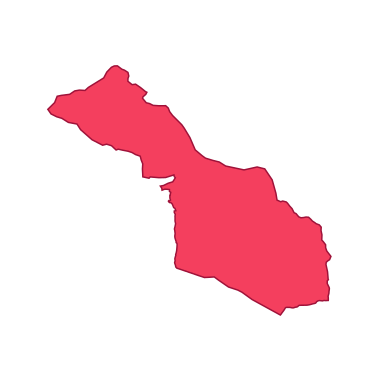 the district of Aninoasa, Hunedoara, Romania, rotated 344°
{"feature_id": "2599482B78537153178763", "entity_name": "Aninoasa", "entity_type": "district", "adm_level": 2, "iso_a3": "ROU", "parent_name": "Romania", "parent_adm1": "Hunedoara", "projection": "equal_earth", "projection_center": [23.341, 45.379], "detail": "fine", "context": "isolated", "style": "filled", "palette": "rose", "viewbox_px": 384, "rotation_deg": 344, "n_neighbors": 0, "source": "geoboundaries", "source_scale": "gbopen_adm2", "svg_char_len": 3583}
<svg xmlns="http://www.w3.org/2000/svg" viewBox="0 0 384 384"><g transform="rotate(344 192 192)"><path d="M298.9,313.9L298.8,313.5L300.3,306.1L300.8,298.6L301.7,296.5L303.6,295.6L305.6,295.0L307.8,292.2L305.3,285.9L305.1,282.4L305.9,279.5L304.5,275.9L303.5,273.9L305.1,269.0L305.4,264.6L306.5,261.4L305.3,258.7L302.5,256.6L301.7,255.4L299.7,253.1L298.7,251.0L297.1,248.4L294.7,247.5L292.2,247.3L289.6,246.8L287.7,245.2L286.1,241.5L284.4,240.0L283.6,235.6L282.0,232.4L280.7,229.0L279.8,227.5L276.7,225.7L274.6,225.8L271.5,223.2L272.3,216.3L272.4,202.4L268.3,189.8L261.5,185.9L248.1,185.1L231.5,176.3L226.5,170.7L220.8,167.4L214.3,163.2L211.8,160.0L206.7,152.4L205.0,139.2L202.1,128.5L200.7,124.5L194.4,113.1L192.7,108.7L192.3,104.7L190.5,101.8L184.0,100.0L178.5,98.0L175.6,95.3L172.6,93.6L170.3,88.3L171.1,87.0L174.5,85.4L176.1,83.7L175.0,82.7L171.3,77.4L167.5,72.8L164.0,72.3L160.9,67.9L161.7,65.3L163.2,63.1L163.4,59.4L160.6,56.2L158.4,54.6L155.1,50.2L152.0,49.4L148.9,49.9L143.2,53.2L138.6,58.0L121.2,62.9L117.2,64.9L111.8,63.0L107.1,62.5L101.3,64.4L93.0,63.1L88.8,62.8L84.6,68.2L76.2,72.8L78.0,78.1L82.7,82.4L87.2,85.3L92.3,91.0L100.2,95.0L102.1,101.4L110.3,114.2L119.0,122.4L123.1,122.5L127.4,125.3L130.6,130.7L132.9,130.5L136.9,132.7L141.8,135.2L145.2,137.5L148.1,140.5L152.1,143.3L152.0,147.2L152.4,151.4L150.7,156.2L149.6,161.0L148.9,163.9L154.5,166.9L156.0,166.0L164.1,169.1L170.6,170.8L179.3,170.6L179.2,172.3L179.9,173.7L178.5,175.0L176.3,176.9L171.5,177.0L166.4,177.9L163.2,177.6L164.0,180.0L163.7,182.0L166.6,181.8L168.7,182.5L169.0,182.6L171.0,183.4L170.5,185.3L171.5,186.4L170.5,188.2L170.2,189.1L169.8,189.1L169.2,191.3L169.0,192.7L169.0,193.2L169.1,193.8L167.5,194.6L167.2,194.0L166.8,194.3L167.1,195.4L167.7,196.1L168.7,196.4L169.5,197.6L169.8,198.9L170.1,201.9L170.6,202.5L171.1,203.0L171.3,205.5L169.7,205.4L169.5,206.2L169.3,206.9L169.6,208.0L169.7,209.1L169.0,210.5L168.6,212.2L167.7,215.2L167.5,217.9L166.9,219.1L165.9,221.0L165.2,222.1L164.9,222.8L164.8,224.4L164.3,227.4L163.5,229.2L163.2,230.1L163.0,231.4L163.0,233.8L163.1,234.9L163.0,235.8L162.8,236.3L163.3,236.9L163.3,238.0L162.8,239.6L162.0,241.8L161.0,244.3L159.9,246.4L159.1,247.5L158.9,248.6L158.4,249.2L158.1,249.8L157.3,251.0L157.2,251.4L157.0,252.1L156.8,253.2L156.8,253.6L156.0,254.7L155.8,255.3L155.8,256.1L155.9,258.2L155.7,259.5L156.5,261.1L158.6,262.5L175.8,274.5L178.5,276.3L179.3,276.9L179.7,277.1L180.3,277.6L183.3,278.3L190.0,279.8L193.2,284.0L200.9,293.4L209.0,298.9L212.4,302.1L220.1,311.9L243.0,334.6L243.6,334.2L244.3,333.7L245.0,333.1L245.8,332.5L246.6,331.9L247.4,331.3L248.6,330.3L249.2,329.7L249.6,329.3L249.9,329.1L250.2,329.0L250.6,328.9L251.2,329.0L252.3,329.3L253.2,329.6L254.0,329.8L254.7,330.1L255.8,330.7L256.7,331.1L257.4,331.3L258.0,331.3L258.8,331.3L259.4,331.2L260.0,331.3L260.6,331.4L261.1,331.4L261.6,331.4L262.2,331.2L262.9,330.8L263.3,330.6L263.6,330.5L264.2,330.6L265.1,330.8L266.0,331.0L267.7,331.5L269.2,331.9L270.3,332.2L271.6,332.5L273.2,332.7L274.7,332.8L276.5,332.8L277.6,332.8L278.5,332.9L279.4,332.9L279.9,332.9L280.3,332.8L280.9,332.4L281.4,331.9L281.9,331.7L282.6,331.5L283.2,331.4L283.9,331.4L284.6,331.5L285.4,331.8L286.4,332.2L286.9,332.4L287.3,332.6L288.0,332.6L289.2,332.7L290.4,333.2L293.1,333.8L293.4,332.9L293.6,332.3L293.7,331.5L293.9,331.0L294.0,330.5L294.0,329.9L295.5,327.4L295.8,326.8L296.1,325.8L296.8,324.2L297.3,323.1L297.5,322.4L297.5,321.7L297.4,320.8L297.2,319.8L297.1,319.0L296.9,318.1L296.8,317.3L297.0,316.6L297.2,315.7L297.4,315.2L297.5,314.7L298.3,314.2L298.9,313.9Z" fill="#f43f5e" stroke="#9f1239" stroke-width="1.5"/></g></svg>